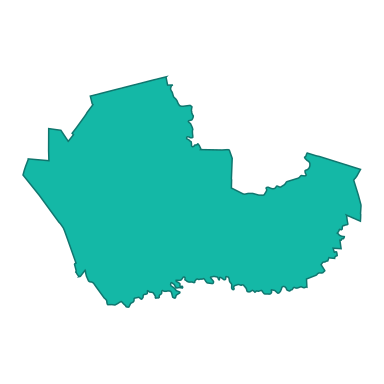 Sacalaz, Timis, Romania
{"feature_id": "2599482B38355602258624", "entity_name": "Sacalaz", "entity_type": "district", "adm_level": 2, "iso_a3": "ROU", "parent_name": "Romania", "parent_adm1": "Timis", "projection": "mercator", "projection_center": [21.049, 45.772], "detail": "fine", "context": "isolated", "style": "filled", "palette": "teal", "viewbox_px": 384, "rotation_deg": 0, "n_neighbors": 0, "source": "geoboundaries", "source_scale": "gbopen_adm2", "svg_char_len": 6066}
<svg xmlns="http://www.w3.org/2000/svg" viewBox="0 0 384 384"><path d="M130.7,303.4L133.2,302.0L133.8,301.2L134.0,300.5L134.1,298.6L134.5,298.2L138.7,297.3L139.5,297.7L140.9,299.0L141.7,299.2L143.0,297.5L143.2,295.7L143.5,294.9L144.6,294.3L145.8,294.3L147.2,293.6L147.4,292.8L147.4,290.9L147.6,290.7L148.3,291.0L149.6,292.1L151.9,292.3L153.2,292.8L155.2,295.9L155.4,296.7L155.3,297.7L155.8,298.2L157.0,297.9L158.3,298.0L159.1,297.5L159.3,297.2L159.2,296.0L159.5,295.2L161.4,293.8L161.6,293.4L161.7,292.8L161.7,291.3L162.2,290.6L162.7,290.5L163.7,291.1L164.5,291.3L166.2,291.3L168.0,290.9L170.5,291.2L170.9,291.6L171.6,293.0L172.7,297.2L174.3,298.1L175.2,298.0L175.6,297.4L176.0,295.8L176.4,295.1L177.2,294.5L179.7,293.0L179.9,292.3L179.8,292.0L176.4,290.7L174.4,288.2L171.0,285.8L170.6,284.7L170.8,283.2L171.1,282.8L171.6,282.6L174.2,284.5L175.1,286.3L176.2,287.9L176.7,288.0L179.2,287.6L182.4,288.0L182.7,287.4L182.4,286.4L182.0,286.3L180.6,286.4L180.1,286.2L179.9,285.5L180.0,284.1L179.9,283.7L178.6,282.6L176.5,281.5L176.1,281.0L176.1,280.5L176.1,280.3L176.9,280.2L179.4,280.4L180.9,280.1L181.7,279.3L183.3,277.1L183.6,277.0L184.5,277.1L185.1,277.8L184.9,279.6L185.0,279.9L186.3,280.6L187.2,281.5L189.0,282.1L192.0,282.0L194.0,282.7L194.7,282.4L194.8,281.2L196.3,279.3L197.3,279.0L198.8,279.5L201.1,279.0L201.9,279.2L203.7,278.6L204.8,279.7L205.9,281.5L207.2,282.9L212.2,283.6L212.8,283.5L213.3,283.0L213.6,281.9L213.3,281.1L210.6,277.8L210.5,277.3L210.7,277.1L213.9,276.4L216.9,276.9L217.7,277.4L218.0,278.0L218.6,279.5L219.1,279.9L219.4,279.5L219.5,278.0L219.7,277.5L220.3,277.4L221.4,277.8L223.7,279.6L224.5,279.8L225.3,279.5L225.6,279.2L225.8,277.1L226.1,276.6L226.5,276.6L228.3,277.1L228.9,278.1L229.2,279.0L229.2,279.6L229.5,281.2L230.2,282.5L231.2,283.5L231.7,284.6L231.6,288.0L232.3,289.3L232.6,289.5L233.3,289.7L233.8,289.5L234.0,289.1L234.1,288.6L233.6,287.1L234.1,286.1L234.8,285.6L238.1,284.5L239.1,284.6L241.1,285.3L241.5,285.2L241.6,284.9L242.8,284.8L243.8,285.4L244.3,286.2L245.0,286.8L245.4,287.6L246.2,288.3L247.0,291.1L247.4,291.6L248.8,291.9L250.0,291.8L252.3,290.3L253.5,290.8L254.9,292.2L255.5,291.9L256.4,290.9L258.6,291.3L259.7,290.8L261.4,290.4L261.8,290.6L262.2,291.3L264.0,293.6L264.9,294.0L267.8,294.0L269.4,294.1L270.5,293.8L271.4,292.8L271.6,292.0L271.5,290.9L271.2,290.3L271.3,290.0L271.5,289.8L274.8,290.5L277.5,293.0L278.0,293.2L278.4,293.1L279.1,292.8L280.4,291.4L281.5,288.8L281.8,287.4L282.8,286.6L283.8,286.4L285.0,286.9L285.8,287.7L286.4,288.6L286.6,289.4L287.2,290.2L289.3,291.0L289.9,290.9L290.5,290.2L292.2,289.6L293.3,287.9L294.1,287.4L296.1,288.1L297.5,288.0L301.1,286.7L302.4,287.3L303.7,287.7L304.5,287.7L306.1,287.0L306.9,287.2L306.5,279.0L315.9,275.3L316.6,274.9L317.6,273.7L318.6,273.1L319.3,272.9L321.9,273.0L323.0,272.6L323.2,272.3L324.8,270.8L324.8,270.6L321.1,264.7L322.7,262.4L323.3,262.1L324.9,262.0L326.7,261.0L327.7,261.0L329.0,257.6L330.4,258.0L334.6,258.4L334.5,257.8L335.1,256.9L336.0,256.1L337.2,255.6L336.9,253.2L336.5,251.9L335.6,251.8L334.4,252.3L334.3,252.2L333.1,248.2L341.1,248.7L339.9,240.2L341.2,240.2L342.0,238.8L343.5,238.7L344.2,237.4L344.3,236.6L341.8,236.3L339.5,235.3L337.7,233.3L337.3,233.1L338.3,231.9L339.2,230.2L339.2,229.9L339.4,229.5L339.8,229.3L341.2,229.8L342.2,229.1L342.3,226.9L342.9,225.9L343.6,225.5L344.4,225.5L345.6,224.9L347.0,224.8L347.9,224.1L347.2,220.5L346.6,215.5L346.4,215.1L360.4,221.2L360.6,218.2L360.7,214.4L360.5,213.8L361.0,205.9L360.9,204.7L358.3,195.0L353.7,180.2L354.5,178.9L355.3,178.2L356.9,176.0L360.5,169.4L319.5,156.5L316.2,155.8L307.2,153.0L306.6,154.0L305.9,156.1L305.4,156.6L304.6,157.2L304.6,157.5L305.2,158.6L306.2,159.5L307.0,160.4L308.6,161.4L309.2,162.1L309.6,162.7L309.9,163.7L309.9,165.6L309.4,167.4L308.7,168.4L307.5,169.6L305.5,170.3L305.0,170.8L305.1,172.3L305.5,173.5L306.2,174.8L306.1,175.3L305.7,175.7L304.2,175.9L301.3,175.5L300.6,176.0L299.4,177.4L298.4,178.1L287.0,181.6L286.3,182.1L285.5,183.4L284.4,184.7L280.6,187.1L279.8,187.1L277.4,186.1L276.8,186.1L276.5,186.2L275.7,187.5L275.0,188.2L274.4,188.5L272.9,188.8L271.1,188.4L268.1,187.2L266.8,187.4L266.3,187.7L266.1,188.1L266.2,188.6L266.7,189.4L266.7,190.0L266.4,191.1L264.2,194.7L263.3,195.2L258.8,195.1L252.7,193.4L248.2,193.4L244.7,194.2L243.1,193.9L231.4,188.0L231.6,179.8L231.4,178.7L232.2,158.3L229.3,150.1L228.3,149.7L226.6,149.7L222.1,150.0L200.5,149.6L200.9,149.0L200.7,148.5L199.2,145.4L198.0,143.9L197.6,143.9L196.9,144.8L194.7,145.1L194.2,145.9L193.8,146.3L192.6,146.8L192.4,146.7L191.9,146.3L191.5,145.7L191.5,143.8L191.2,141.8L190.0,141.0L188.9,139.9L186.8,138.8L186.6,138.2L186.7,137.5L187.0,137.0L187.6,136.7L189.1,137.0L189.9,137.6L190.6,137.8L191.9,137.8L192.6,137.5L192.8,137.3L192.8,136.0L192.5,133.6L192.4,131.2L192.5,130.4L192.8,129.4L192.3,127.5L190.5,123.6L188.8,122.3L188.3,121.4L188.8,120.7L191.6,120.0L191.9,119.8L192.6,118.6L193.2,117.0L193.3,116.2L193.3,115.8L192.6,114.9L192.1,113.6L191.7,113.1L191.8,112.0L191.4,110.9L191.6,108.6L191.9,107.5L191.9,106.7L190.4,105.5L189.8,105.4L182.9,106.3L181.0,106.2L179.6,105.6L178.2,103.6L177.0,100.7L175.8,99.0L174.0,97.3L173.5,96.6L172.2,92.2L171.3,90.9L170.6,89.3L170.6,88.3L171.2,86.3L171.7,85.5L172.9,85.0L167.6,85.1L166.0,77.1L166.3,76.8L153.6,79.9L90.3,96.1L92.2,103.8L93.0,104.6L87.2,112.3L86.7,113.1L86.7,113.3L84.7,116.3L76.2,128.0L72.1,133.3L73.5,134.7L68.5,141.0L68.2,141.3L60.9,130.3L48.7,128.6L48.6,150.6L48.9,160.7L28.2,158.9L28.1,159.8L25.6,166.3L24.2,170.6L23.0,175.0L39.2,195.2L58.9,222.2L60.3,223.6L63.3,227.9L64.5,230.7L67.7,239.6L76.0,263.1L74.9,263.6L74.5,264.2L76.1,270.4L76.1,270.9L75.8,272.1L76.2,272.2L76.3,272.6L76.8,273.7L78.4,275.9L79.2,276.2L78.8,276.7L80.0,276.5L80.5,276.2L85.1,270.2L85.4,270.8L85.6,272.7L86.4,276.1L88.5,280.9L89.2,281.5L90.1,281.9L91.7,282.0L93.5,283.1L96.2,287.0L104.2,298.0L105.4,299.0L106.5,300.3L106.7,300.8L107.0,303.1L107.4,304.3L107.8,304.7L111.8,304.6L115.0,305.0L117.6,303.6L119.6,302.3L121.2,301.5L122.0,302.1L123.7,304.0L125.5,305.6L126.0,306.6L126.5,306.9L128.2,307.2L128.9,307.0L130.7,303.4Z" fill="#14b8a6" stroke="#0f766e" stroke-width="1.5"/></svg>